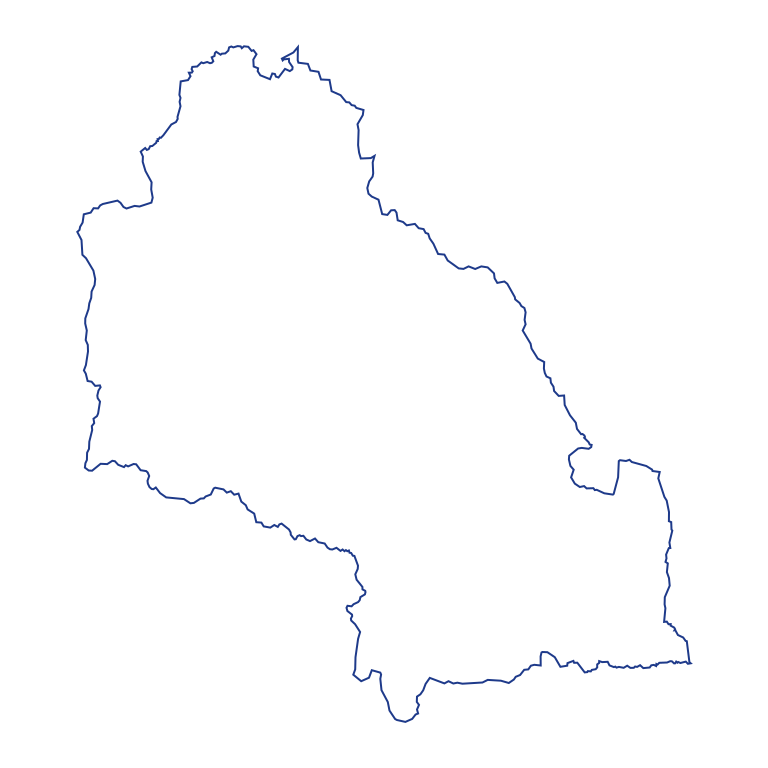 Nopphitam, Nakhon Si Thammarat, Thailand
{"feature_id": "78962969B39887393521722", "entity_name": "Nopphitam", "entity_type": "district", "adm_level": 2, "iso_a3": "THA", "parent_name": "Thailand", "parent_adm1": "Nakhon Si Thammarat", "projection": "robinson", "projection_center": [99.71, 8.761], "detail": "fine", "context": "isolated", "style": "outline", "palette": "blue", "viewbox_px": 768, "rotation_deg": 0, "n_neighbors": 0, "source": "geoboundaries", "source_scale": "gbopen_adm2", "svg_char_len": 6000}
<svg xmlns="http://www.w3.org/2000/svg" viewBox="0 0 768 768"><path d="M84.9,467.6L88.7,470.5L92.1,470.7L100.6,463.8L107.2,464.1L112.3,460.8L114.9,461.2L118.2,464.8L124.0,467.1L125.7,465.2L128.1,466.4L133.6,464.0L136.2,464.3L140.6,470.2L146.2,471.1L147.7,472.5L149.2,476.0L147.5,480.8L147.9,483.7L149.5,487.1L151.7,489.0L153.4,489.2L155.8,487.5L160.1,493.1L166.2,497.4L184.0,499.1L190.4,503.3L193.9,502.9L200.5,498.6L203.8,498.4L205.6,496.5L210.8,494.5L213.7,488.5L215.2,487.7L223.5,489.4L226.8,492.6L230.8,491.2L234.2,494.7L238.5,493.6L241.3,501.6L245.8,505.2L247.6,509.4L254.2,513.6L256.3,522.2L261.4,522.6L263.7,526.4L270.3,527.6L274.3,525.0L277.8,526.9L279.4,524.4L281.6,523.6L289.0,529.5L290.6,532.4L290.8,534.8L294.5,539.4L295.8,539.2L297.5,536.1L299.7,535.2L301.0,536.1L303.4,535.8L306.3,539.5L310.0,541.1L315.0,538.5L318.3,542.2L324.7,543.5L327.5,547.6L329.9,549.2L332.3,549.5L336.5,547.8L340.5,550.9L342.6,549.5L344.5,551.2L345.9,550.1L347.3,551.2L348.9,550.5L349.5,552.7L351.2,553.0L352.8,555.7L354.4,555.9L358.0,565.7L357.7,569.0L355.3,574.3L356.6,579.7L362.4,586.9L362.5,589.4L365.2,590.8L365.5,592.1L364.9,594.4L360.4,597.1L359.7,600.2L358.1,602.1L353.6,604.2L351.6,606.3L347.5,605.8L346.5,607.8L347.4,611.0L352.0,614.6L352.2,616.1L350.9,618.6L351.2,620.5L355.1,624.2L360.1,632.0L358.1,638.8L355.5,657.2L355.2,669.4L353.3,674.7L361.2,681.2L369.0,677.7L371.8,670.2L380.3,672.6L381.1,674.5L380.3,678.8L381.5,690.2L387.8,702.0L389.5,710.6L395.1,719.0L396.9,720.0L405.4,721.9L412.2,718.9L415.6,714.5L418.1,713.5L417.0,709.5L419.0,704.9L416.8,701.9L417.0,696.6L420.4,694.3L423.2,690.3L425.6,683.9L429.8,677.9L444.4,683.4L448.5,681.2L453.3,683.5L457.4,682.7L462.4,683.7L482.5,682.5L487.7,679.9L500.9,680.7L508.8,683.0L513.9,679.5L515.7,676.8L520.1,675.0L524.2,669.8L528.3,669.4L530.9,665.7L534.3,664.8L540.7,665.5L540.6,656.4L541.5,652.5L542.4,652.0L547.4,652.2L554.8,657.2L560.4,666.8L567.2,665.7L567.5,663.1L573.4,660.9L574.1,662.8L577.3,662.7L584.7,672.4L587.3,672.1L587.9,671.1L590.8,671.4L591.8,669.9L595.7,669.2L597.2,667.4L597.2,664.4L599.1,663.0L599.2,661.1L602.2,662.1L607.7,661.8L609.5,665.4L613.9,667.1L615.3,666.6L616.5,667.6L618.9,666.9L623.7,667.8L627.2,665.7L630.4,667.9L633.8,667.8L635.1,666.5L637.1,666.9L640.1,665.2L643.3,668.1L649.7,667.5L651.3,665.3L653.8,664.9L656.1,666.0L656.4,664.0L657.5,664.6L659.3,662.8L667.1,662.5L670.2,661.2L671.9,661.3L674.1,663.4L675.2,663.3L676.2,661.6L677.4,662.7L678.2,662.0L680.4,663.0L685.8,661.6L687.9,663.8L690.7,663.3L689.4,662.1L686.8,641.2L685.6,640.9L683.2,637.5L677.9,635.0L675.3,630.2L674.5,630.3L675.1,629.2L674.2,627.6L670.6,625.6L670.7,624.1L668.5,624.2L666.8,621.6L664.1,621.9L665.4,608.2L664.6,604.4L664.8,597.2L669.7,585.7L669.0,578.1L666.9,572.1L667.8,563.4L665.5,561.9L666.5,558.4L666.1,554.6L668.8,548.1L670.3,548.0L669.4,542.5L672.3,530.6L671.5,529.5L671.2,522.1L668.9,521.2L669.0,512.1L666.7,500.6L664.4,496.9L658.3,478.4L659.7,472.0L652.5,471.0L652.1,469.6L646.3,466.0L631.8,462.0L629.5,459.8L626.0,461.0L620.0,460.2L618.8,461.1L618.1,477.3L613.7,493.9L612.9,494.6L604.3,493.3L596.7,489.8L594.8,490.1L593.4,488.2L586.6,488.4L584.1,486.1L579.8,487.0L574.8,483.6L571.1,477.4L573.7,469.7L570.4,465.9L568.9,459.4L569.2,455.7L578.1,448.5L581.7,447.9L588.7,448.8L591.2,447.1L591.6,444.9L589.7,444.5L588.7,442.3L584.2,437.8L585.0,437.0L584.4,435.5L582.5,434.0L581.1,434.2L577.0,428.9L575.8,422.7L570.0,415.3L564.7,405.0L564.1,395.5L558.7,395.9L554.1,391.0L553.5,386.7L550.9,382.7L550.4,378.3L546.5,376.5L544.8,372.9L543.9,368.5L544.2,362.0L537.8,358.6L531.5,348.5L530.6,343.7L522.7,330.5L525.6,324.3L524.6,319.9L525.6,312.3L524.4,308.0L521.4,306.1L519.6,303.0L515.2,299.4L514.8,297.1L507.3,283.8L504.4,281.5L497.3,282.9L494.6,278.3L494.0,273.4L487.7,267.4L481.3,266.4L475.2,269.0L468.6,266.4L463.5,268.9L458.7,268.4L447.7,260.5L444.4,254.6L438.1,254.0L433.4,243.7L429.7,238.4L428.2,233.8L425.6,232.9L423.6,229.1L418.7,228.2L414.9,223.9L406.7,225.3L403.1,222.0L397.7,220.3L396.5,212.6L394.7,210.1L391.1,210.3L387.4,214.9L382.2,214.1L378.5,199.7L371.8,196.6L368.5,193.7L367.3,188.0L369.2,181.4L372.6,176.6L373.2,173.3L372.7,162.4L374.5,155.9L370.8,158.1L360.8,158.5L359.1,152.7L358.1,145.1L358.6,130.1L357.5,124.2L362.8,115.1L363.5,110.0L356.3,107.9L354.7,105.7L351.6,105.1L349.3,102.4L346.2,102.1L340.6,95.2L331.6,91.2L329.5,79.9L321.0,79.5L318.5,71.8L310.4,70.5L307.9,63.9L298.4,62.7L297.7,60.3L297.9,47.1L293.4,52.5L281.9,58.6L282.7,60.4L283.7,59.4L288.9,58.8L289.1,62.0L292.6,67.1L292.3,69.4L289.8,71.1L285.0,68.9L278.5,77.5L275.9,76.6L274.9,74.0L272.3,73.5L270.0,79.2L260.3,75.3L257.7,71.2L258.1,68.3L253.7,66.5L253.3,59.6L256.5,54.2L253.5,50.2L251.6,50.9L248.3,46.8L244.0,46.3L241.8,48.2L240.7,46.4L237.6,46.1L233.3,47.4L231.3,46.5L229.1,47.4L228.3,50.6L225.3,53.4L221.8,53.7L220.6,54.7L216.2,51.8L214.9,53.1L214.5,56.0L211.7,57.3L213.3,61.3L211.8,62.8L210.0,63.2L207.2,62.0L203.2,63.2L201.4,62.4L197.2,66.5L192.3,66.9L191.6,69.1L192.7,71.3L191.8,72.6L188.9,72.7L190.5,76.2L188.0,80.1L180.7,81.4L179.4,94.9L180.5,97.9L179.6,101.8L180.5,106.2L177.5,116.9L177.7,118.9L176.0,122.0L171.3,124.5L163.4,135.2L160.9,137.8L159.7,137.5L158.8,139.0L157.6,139.1L157.9,141.0L156.6,141.1L156.2,142.8L152.3,146.0L150.2,146.2L148.7,149.1L146.8,149.9L145.2,148.0L140.7,151.6L142.9,156.5L142.7,161.8L145.5,171.1L151.6,182.3L151.2,189.4L152.7,197.7L151.4,202.6L139.5,206.5L134.6,205.9L126.5,208.5L123.5,207.0L120.5,202.8L117.5,200.6L102.8,204.0L100.2,205.4L98.1,208.4L93.6,208.2L90.7,212.6L83.8,214.3L82.6,222.6L80.1,226.8L79.5,229.9L77.3,231.9L81.5,240.0L82.4,254.8L86.0,258.2L93.4,270.6L95.2,279.0L94.6,285.0L91.6,291.5L91.2,297.9L89.3,303.3L88.5,309.1L85.3,318.4L85.2,323.5L86.8,330.5L85.7,340.1L87.8,344.9L88.0,351.5L85.9,365.1L83.9,370.4L85.8,373.7L87.6,381.0L91.6,381.7L95.2,385.9L99.9,385.4L100.6,387.2L98.5,390.5L97.3,395.6L97.7,398.2L100.0,401.6L98.1,413.5L97.0,416.1L93.5,418.7L94.2,423.1L91.8,426.1L92.2,430.0L89.3,441.7L89.0,448.9L87.1,452.7L86.9,460.0L85.4,463.2L84.9,467.6Z" fill="none" stroke="#1e3a8a" stroke-width="2"/></svg>